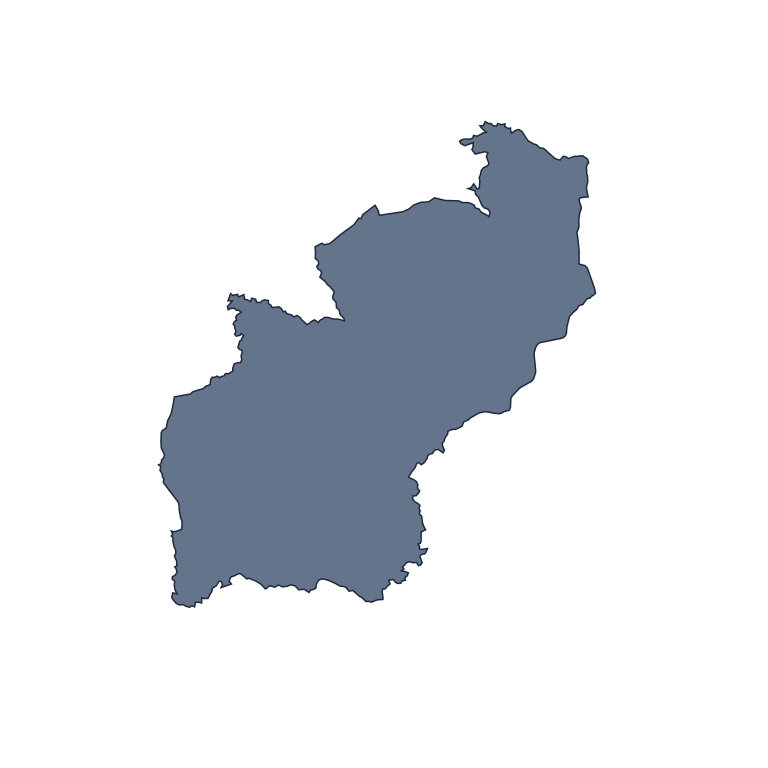 Tupanciretã, Rio Grande do Sul, Brazil, rotated 141°
{"feature_id": "56859067B7192877015433", "entity_name": "Tupanciretã", "entity_type": "district", "adm_level": 2, "iso_a3": "BRA", "parent_name": "Brazil", "parent_adm1": "Rio Grande do Sul", "projection": "robinson", "projection_center": [-54.006, -29.009], "detail": "fine", "context": "isolated", "style": "filled", "palette": "slate", "viewbox_px": 768, "rotation_deg": 141, "n_neighbors": 0, "source": "geoboundaries", "source_scale": "gbopen_adm2", "svg_char_len": 6157}
<svg xmlns="http://www.w3.org/2000/svg" viewBox="0 0 768 768"><g transform="rotate(141 384 384)"><path d="M453.7,228.8L458.9,231.7L460.3,233.4L458.5,235.6L458.3,238.2L456.0,237.3L454.1,238.5L448.3,245.6L443.4,244.5L442.8,247.8L441.6,251.6L437.9,257.6L438.3,260.8L435.6,262.8L435.0,265.5L432.5,266.9L432.8,269.8L434.2,273.0L434.0,276.6L432.0,278.8L429.4,277.0L426.0,277.4L423.6,278.4L423.6,281.9L421.1,284.5L420.2,287.7L421.0,290.8L422.5,293.5L423.6,296.2L417.6,298.3L412.6,299.4L408.4,301.6L406.5,301.1L405.9,297.8L401.8,297.6L397.2,299.1L394.9,300.8L392.7,300.7L390.1,299.4L387.7,300.5L385.3,300.4L383.0,299.0L381.4,293.4L378.6,294.5L377.8,298.1L376.2,301.2L373.5,301.7L370.9,303.5L365.6,305.3L364.3,307.0L361.6,306.5L358.8,305.2L356.8,303.7L350.1,302.0L345.8,304.4L340.7,302.9L338.5,303.3L332.8,302.5L327.9,301.5L323.5,299.2L321.8,297.9L317.1,292.3L313.4,288.6L311.1,287.4L308.2,287.0L303.0,284.7L300.1,286.6L294.7,292.8L291.8,294.0L281.9,295.4L279.2,295.3L268.1,293.3L266.2,293.4L264.0,294.2L259.0,297.5L257.6,299.1L248.1,313.5L243.4,316.8L240.1,318.2L237.0,318.1L217.7,308.0L215.9,307.2L213.2,307.2L210.7,308.3L205.6,313.5L197.5,319.6L192.5,320.5L186.9,320.7L183.9,322.0L181.6,321.9L179.9,320.6L174.1,322.1L171.8,322.3L169.9,321.0L167.7,321.7L165.8,321.2L162.6,321.3L160.1,326.1L153.0,346.0L153.2,349.3L156.9,354.5L148.2,365.2L139.9,378.1L139.0,380.4L136.7,381.4L133.4,383.6L129.5,388.8L124.6,393.5L120.2,396.3L118.8,398.5L117.8,401.8L116.2,404.6L114.3,405.3L107.6,400.9L105.6,405.0L103.2,409.1L98.1,413.3L95.0,417.5L94.0,420.2L92.5,421.8L91.0,424.1L89.0,426.2L85.7,427.2L84.3,430.7L86.0,436.3L88.0,437.8L90.3,439.1L92.5,441.0L98.8,443.2L99.7,446.3L101.5,448.2L106.2,447.2L108.3,449.9L109.5,452.8L111.7,466.7L114.5,469.8L114.9,474.0L116.5,476.1L118.8,482.0L118.9,484.3L117.8,493.3L119.0,496.9L121.5,498.2L127.0,498.7L125.9,501.6L124.6,503.3L126.6,504.3L128.1,508.3L126.2,509.9L129.7,511.8L131.6,514.8L134.3,513.7L136.7,516.1L136.9,519.2L139.0,520.8L140.2,524.2L144.3,522.3L146.9,524.4L147.1,521.9L146.2,515.2L149.0,516.8L155.5,517.8L158.0,520.8L160.1,519.4L162.5,519.8L167.7,523.9L170.1,525.0L172.5,525.1L173.0,522.5L171.2,518.3L162.8,515.3L165.8,512.0L168.2,510.9L168.4,505.3L159.6,501.1L157.7,498.4L161.3,496.3L163.6,489.5L165.9,488.4L170.9,489.5L174.1,488.7L177.6,485.7L180.0,484.6L181.8,481.4L186.5,476.5L188.9,476.8L188.3,483.1L193.0,481.7L195.6,482.9L191.7,476.7L193.5,473.8L193.0,469.8L195.5,461.3L195.2,457.7L193.2,454.5L193.4,450.8L197.0,447.9L197.8,450.7L200.4,456.6L200.1,460.4L202.4,463.6L201.3,465.9L202.5,469.0L204.4,472.0L208.9,475.7L210.6,479.2L221.0,488.2L227.7,497.0L233.7,497.3L236.2,498.4L240.6,501.8L248.3,504.4L254.3,504.3L260.8,505.9L281.5,518.1L279.5,522.0L278.4,528.5L293.7,529.0L297.8,527.0L299.1,528.8L307.3,526.7L324.2,527.5L337.7,527.2L342.9,529.9L343.6,532.4L351.2,534.0L354.9,528.8L358.5,524.7L357.6,521.3L359.2,518.3L362.4,517.6L363.0,514.1L361.8,512.4L362.5,509.7L366.6,507.4L365.2,500.4L365.5,496.9L364.8,494.2L364.7,486.9L368.4,484.5L370.0,482.8L369.9,477.6L372.9,473.2L372.3,469.7L374.4,465.9L373.9,460.0L375.0,458.0L378.6,463.1L382.5,466.4L385.7,471.1L388.7,473.4L390.8,473.0L393.1,473.8L396.9,473.3L396.9,475.7L397.8,477.7L401.8,478.3L404.3,478.0L406.8,479.2L406.8,481.8L407.5,485.1L407.3,488.3L408.5,492.1L411.7,492.6L412.5,496.3L414.1,498.1L415.3,500.3L414.9,502.7L416.8,503.6L416.3,506.8L417.0,510.0L422.8,513.8L422.3,516.2L423.2,519.4L421.3,521.6L424.0,524.7L426.6,525.4L428.6,525.0L431.6,527.7L430.4,530.7L432.8,533.9L435.9,532.1L437.2,535.3L438.9,537.5L436.7,541.7L442.2,543.2L441.3,545.8L445.8,548.1L446.3,550.8L452.9,546.8L449.7,544.1L454.5,543.1L456.8,542.9L458.3,539.7L455.8,539.3L452.6,537.1L452.4,534.4L450.4,532.4L449.8,529.6L454.9,530.2L457.4,529.1L458.3,526.5L460.9,526.6L463.4,525.6L463.7,522.8L465.0,520.8L465.8,518.2L468.8,516.6L468.7,514.2L465.2,512.4L463.3,513.0L462.7,509.7L465.1,509.3L467.1,508.0L469.2,508.1L474.7,504.3L474.5,501.7L473.2,499.9L474.3,497.7L477.3,495.9L479.3,492.4L482.0,490.9L484.1,492.6L487.7,493.9L491.7,491.4L493.3,489.2L498.3,489.9L500.8,491.9L503.0,490.9L505.3,492.0L507.9,492.6L508.6,495.1L511.8,495.9L513.2,497.4L515.7,496.7L519.6,493.0L524.4,494.5L527.2,494.1L534.3,497.1L538.0,498.3L540.5,498.0L555.1,505.9L559.2,502.1L567.1,495.6L569.9,494.0L574.9,491.8L580.7,487.1L583.3,486.9L585.5,487.4L587.7,486.4L593.7,479.5L597.3,474.5L599.2,467.1L601.8,465.2L604.4,465.1L606.0,463.5L607.9,462.5L610.1,463.0L609.3,460.5L612.5,457.8L612.8,454.1L614.6,451.1L614.9,448.9L617.5,446.3L618.3,421.5L620.5,417.4L622.6,414.7L626.5,407.5L627.2,404.7L629.7,401.5L632.7,398.4L638.1,400.2L640.6,401.6L641.8,403.6L642.7,400.2L645.0,399.7L644.7,396.9L646.5,395.5L649.8,389.1L650.3,386.3L652.6,383.1L654.9,382.5L655.8,380.4L656.4,377.3L659.4,373.1L661.7,373.5L661.9,371.0L663.3,367.9L666.6,366.9L669.8,367.4L671.4,365.6L670.7,362.4L673.3,360.1L675.1,357.1L676.2,354.9L676.8,351.1L679.6,354.6L683.3,351.7L683.7,348.1L683.5,344.2L682.1,341.1L678.8,338.8L677.8,335.9L675.5,332.8L672.9,332.6L671.4,330.0L668.1,333.0L665.1,330.7L663.5,328.5L660.3,332.5L658.9,330.5L655.7,328.1L651.4,330.1L648.4,331.1L645.8,333.3L641.5,332.7L636.2,334.5L634.7,332.6L635.9,329.6L638.7,328.3L628.5,324.6L628.3,328.3L624.7,330.4L620.0,328.8L617.7,328.5L615.0,327.3L613.8,321.7L613.5,318.9L611.5,318.3L610.3,316.4L607.7,311.7L605.5,305.6L605.1,299.3L599.7,299.1L596.8,294.9L592.3,294.0L590.7,290.3L586.7,287.8L582.8,286.6L580.1,282.9L579.8,277.7L575.2,274.7L573.5,269.2L570.6,270.1L568.2,268.7L565.4,268.3L562.2,271.2L559.0,272.5L555.8,272.1L553.5,270.3L550.8,266.5L547.4,259.8L545.2,254.3L543.6,253.0L541.6,250.2L541.6,245.0L538.2,243.2L536.7,234.3L535.6,231.8L534.9,226.2L532.7,224.7L531.2,222.5L529.1,221.7L526.6,221.1L524.3,220.0L520.4,217.2L518.0,220.5L516.5,223.3L514.1,225.5L512.0,224.0L509.3,224.7L505.0,224.8L504.1,228.2L501.7,227.4L499.8,226.0L499.9,222.9L499.0,220.5L496.5,218.6L493.6,219.5L490.9,218.0L489.8,220.3L486.5,220.3L483.9,221.9L486.0,225.5L488.2,228.0L485.0,227.7L484.4,230.4L481.9,230.3L478.9,231.0L476.0,229.8L474.0,226.9L471.1,224.8L471.6,221.1L469.5,220.3L466.9,221.0L464.6,227.5L462.3,228.1L459.3,226.3L457.1,226.9L453.7,228.8Z" fill="#64748b" stroke="#1e293b" stroke-width="1.5"/></g></svg>